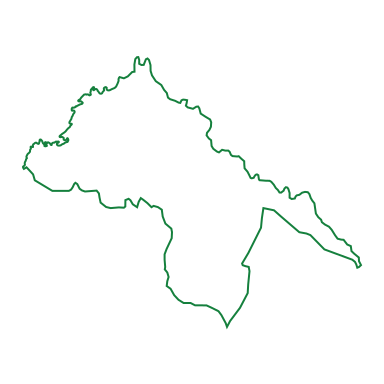 outline of Tres Islas, Cerro Largo, Uruguay
{"feature_id": "84410073B15604045088045", "entity_name": "Tres Islas", "entity_type": "district", "adm_level": 2, "iso_a3": "URY", "parent_name": "Uruguay", "parent_adm1": "Cerro Largo", "projection": "robinson", "projection_center": [-54.84, -32.439], "detail": "fine", "context": "isolated", "style": "outline", "palette": "green", "viewbox_px": 384, "rotation_deg": 0, "n_neighbors": 0, "source": "geoboundaries", "source_scale": "gbopen_adm2", "svg_char_len": 5727}
<svg xmlns="http://www.w3.org/2000/svg" viewBox="0 0 384 384"><path d="M164.8,269.4L167.3,272.5L168.6,277.0L167.3,281.2L166.7,286.0L170.6,288.8L174.2,295.2L178.5,299.8L183.6,303.0L190.6,303.0L195.0,305.3L206.5,305.4L211.5,307.7L218.5,311.2L221.4,315.1L225.7,323.1L227.0,326.9L230.1,321.0L240.0,307.8L247.7,293.1L248.2,284.4L249.5,271.2L248.7,266.9L245.6,266.2L242.7,265.2L242.1,263.5L248.4,252.9L261.0,227.7L261.9,218.2L263.4,208.1L274.0,210.3L281.0,216.5L299.3,232.2L306.4,233.5L310.4,235.1L324.4,249.4L352.3,259.7L355.0,261.9L356.3,264.5L357.3,267.7L359.0,267.0L361.0,265.1L359.0,261.2L358.8,257.5L354.2,253.7L351.5,251.1L350.8,246.1L347.2,244.5L343.6,239.8L341.1,239.6L337.6,238.7L335.1,235.3L331.7,229.8L329.0,226.7L325.0,224.6L321.9,222.2L321.1,219.7L318.3,217.2L315.9,213.6L314.4,203.3L312.2,200.5L310.7,197.9L309.4,194.1L307.8,192.2L305.0,191.9L302.1,192.7L299.4,194.8L296.7,195.4L295.6,196.5L294.8,198.5L291.7,199.0L289.6,197.7L289.6,193.0L288.4,189.1L287.4,187.6L285.9,187.2L284.5,188.5L283.6,190.7L281.1,192.6L279.5,192.5L277.9,190.0L275.8,188.0L273.8,184.7L271.3,181.8L269.6,180.8L265.6,180.7L259.5,180.2L258.9,179.2L258.6,177.3L258.3,175.2L257.0,174.4L256.1,174.6L255.2,175.3L254.3,176.6L253.7,177.8L251.7,178.3L250.6,177.9L249.1,174.8L247.5,171.7L244.6,168.3L244.3,164.6L244.2,161.2L241.4,158.8L238.7,156.2L237.3,156.5L232.5,156.1L230.9,154.8L229.7,151.9L228.3,150.6L225.3,150.6L222.1,149.8L219.0,152.4L217.0,151.6L213.3,148.8L211.6,146.0L211.1,140.2L208.8,138.4L206.6,135.4L207.0,132.8L209.4,129.9L210.9,126.8L211.2,122.3L210.1,119.5L205.6,116.8L200.7,113.6L199.3,108.3L198.1,106.5L196.3,106.7L193.0,108.8L187.7,107.4L185.9,105.7L186.6,103.3L187.1,100.2L185.1,99.8L183.1,99.6L181.5,100.3L180.3,102.9L178.6,102.6L175.1,100.8L170.1,99.2L168.0,97.6L166.8,93.0L164.1,89.9L161.3,85.0L155.8,81.2L152.0,75.4L150.6,70.9L150.5,65.1L149.0,60.0L147.5,58.5L145.9,59.3L143.7,64.9L141.5,65.0L139.2,63.8L139.2,59.9L138.3,57.1L137.0,57.2L135.3,59.1L134.4,64.5L134.5,71.7L132.2,72.0L127.8,76.4L123.9,78.3L119.6,77.1L119.0,77.8L118.5,79.2L118.6,80.1L118.5,81.1L117.6,83.5L116.1,86.6L114.6,88.0L111.9,89.1L110.0,90.1L109.0,90.4L108.5,90.4L107.8,90.3L107.3,90.1L106.8,89.5L106.6,88.8L106.7,87.8L106.4,87.5L105.8,87.1L105.3,87.2L104.6,87.5L104.1,87.9L103.9,88.3L103.8,88.7L104.1,90.4L102.6,92.1L102.1,93.2L101.7,93.5L101.2,93.7L100.6,93.7L100.1,93.6L99.5,93.2L98.2,91.3L97.7,90.9L97.5,90.2L96.9,89.4L96.5,89.1L96.1,89.0L95.7,89.0L95.2,89.2L93.8,90.2L93.4,90.1L93.2,89.9L93.0,89.5L93.0,89.1L93.3,88.7L93.4,88.3L94.0,87.8L94.1,87.6L94.0,87.3L93.7,87.1L93.4,87.1L93.0,87.3L92.7,87.7L92.4,88.0L90.9,89.7L90.8,90.2L90.8,91.0L90.7,91.6L90.4,92.3L90.3,92.6L90.7,94.1L90.8,94.6L90.6,94.9L90.2,95.1L89.7,95.3L89.3,95.3L88.7,94.9L88.2,94.5L87.2,94.4L86.6,94.6L85.8,94.3L84.1,94.6L81.2,97.6L80.2,99.2L78.6,100.1L78.4,100.5L78.2,100.8L78.3,101.0L78.7,101.3L79.6,101.4L80.8,101.3L81.2,101.4L82.5,102.5L82.7,102.9L82.6,103.1L82.3,103.6L81.9,103.9L80.1,104.4L76.7,106.1L76.5,106.4L76.3,106.5L75.7,106.4L75.4,106.7L75.2,107.1L74.8,107.4L73.5,107.7L72.9,107.6L72.4,107.6L72.2,107.8L71.7,108.8L71.7,110.0L71.9,110.5L72.2,110.7L73.1,110.5L73.9,110.6L74.3,110.9L74.6,111.5L74.6,112.1L74.4,112.7L73.4,113.9L72.4,116.2L71.8,117.0L71.4,118.8L69.5,122.0L69.4,122.3L69.5,123.2L69.8,123.5L70.9,123.8L71.6,123.8L71.8,124.1L71.7,124.4L71.4,124.8L70.3,125.9L69.7,127.2L68.5,128.0L66.9,129.7L65.5,131.5L64.0,132.7L62.3,133.8L59.8,135.9L59.6,136.3L59.6,136.7L59.8,137.0L60.6,137.2L61.3,137.0L61.8,136.9L62.3,137.0L63.0,137.4L63.7,138.0L63.7,139.6L64.1,139.9L64.6,140.1L65.1,140.2L65.6,140.2L66.0,140.0L66.3,139.8L67.2,138.3L67.4,138.2L67.5,138.2L67.7,138.4L68.0,138.8L68.3,139.6L68.3,140.3L67.6,141.8L67.3,142.0L66.6,142.0L65.9,142.4L65.3,142.6L64.8,142.8L63.8,143.7L62.3,144.2L61.4,144.8L60.8,145.3L60.2,145.5L59.3,145.6L58.4,145.6L57.7,145.4L57.3,145.1L57.0,144.6L56.9,144.1L57.0,143.4L57.2,143.2L57.7,142.9L58.3,142.7L58.6,142.4L58.8,142.2L58.8,141.8L58.5,141.6L58.2,141.5L57.2,141.7L56.1,141.6L55.7,141.7L55.3,142.0L54.4,142.6L54.0,142.7L53.2,142.7L52.6,142.9L52.3,143.1L51.7,144.0L51.7,144.8L51.5,145.0L51.3,145.0L51.0,144.9L50.7,144.7L50.4,144.0L49.7,143.2L48.4,142.4L48.0,142.3L47.5,142.5L47.3,142.6L47.2,143.0L46.7,143.4L46.4,143.4L46.1,143.1L45.9,142.8L45.9,142.3L45.7,142.2L45.3,142.2L45.0,142.4L44.9,142.7L44.8,143.2L44.9,143.5L45.3,143.7L46.8,145.3L46.8,145.7L46.7,146.0L45.8,146.2L45.2,146.3L44.7,146.1L44.4,145.9L44.4,145.5L44.4,144.7L43.7,144.0L42.9,143.1L42.4,141.8L42.3,141.3L41.8,140.6L41.0,139.7L40.6,139.5L40.2,139.5L39.9,139.7L39.6,140.2L39.6,140.7L39.7,141.1L39.7,141.4L39.3,142.0L39.0,143.4L38.8,143.7L38.6,143.8L38.3,143.9L37.8,143.7L37.2,143.4L36.5,142.8L36.1,142.7L35.7,142.7L35.3,142.8L34.7,143.2L34.2,143.7L33.3,144.3L33.0,144.9L32.8,145.6L32.8,146.0L33.0,146.5L33.0,146.8L32.9,147.0L32.7,147.0L31.2,146.7L30.8,146.7L30.7,146.8L30.6,147.0L30.9,148.6L30.1,149.9L30.0,151.5L29.8,152.0L28.7,153.2L28.0,153.7L27.5,154.3L26.6,156.1L26.5,156.4L26.4,157.0L26.5,157.2L26.7,157.6L26.9,158.1L26.3,158.9L26.0,159.6L25.8,160.4L25.5,161.2L25.1,161.8L24.8,162.6L24.7,163.4L24.9,164.7L24.6,165.3L23.6,166.3L23.2,166.5L23.0,166.9L23.1,167.5L23.3,168.0L23.9,168.9L26.5,167.3L28.9,169.8L33.1,174.4L34.8,180.3L52.4,190.9L68.8,190.9L71.0,189.7L72.6,187.4L74.2,184.0L75.4,182.8L77.3,184.1L79.6,188.7L81.9,190.4L85.0,191.5L96.6,190.6L98.9,193.4L99.5,197.4L100.6,202.6L106.1,207.0L110.6,208.1L118.9,207.4L123.9,207.7L125.3,206.5L125.4,200.1L128.6,198.8L130.4,200.2L132.8,204.3L137.1,207.2L138.7,201.8L140.8,198.1L143.1,199.7L147.4,203.1L151.5,207.2L153.6,205.9L157.9,207.1L161.8,209.7L162.7,216.5L165.4,223.6L171.3,228.6L172.0,232.1L171.7,238.2L166.6,249.0L164.6,254.3L164.6,259.7L165.2,267.0L164.8,269.4Z" fill="none" stroke="#15803d" stroke-width="2"/></svg>